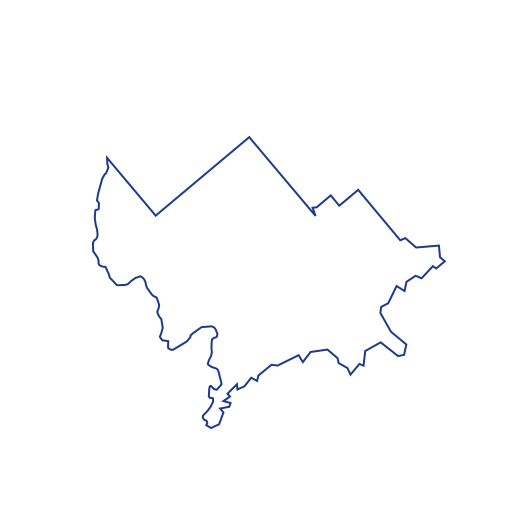 Jackson, Oklahoma, United States of America (Equal Earth projection), rotated 50°
{"feature_id": "52423323B19658065056773", "entity_name": "Jackson", "entity_type": "district", "adm_level": 2, "iso_a3": "USA", "parent_name": "United States of America", "parent_adm1": "Oklahoma", "projection": "equal_earth", "projection_center": [-99.395, 34.598], "detail": "fine", "context": "isolated", "style": "outline", "palette": "blue", "viewbox_px": 512, "rotation_deg": 50, "n_neighbors": 0, "source": "geoboundaries", "source_scale": "gbopen_adm2", "svg_char_len": 2307}
<svg xmlns="http://www.w3.org/2000/svg" viewBox="0 0 512 512"><g transform="rotate(50 256 256)"><path d="M338.3,130.1L336.7,135.4L271.0,135.2L271.0,159.9L257.6,159.8L257.7,178.2L255.4,181.6L263.6,184.6L160.6,184.8L160.6,306.9L85.1,307.0L90.1,310.8L93.3,312.2L96.3,317.7L96.1,319.3L98.0,324.2L106.7,336.8L111.2,342.1L114.3,342.2L118.6,346.0L118.9,346.6L118.9,347.2L117.7,349.1L117.9,349.9L123.3,355.1L129.0,358.7L133.5,360.7L137.7,363.5L139.4,365.5L139.9,366.6L140.3,368.3L140.0,370.1L140.9,372.1L143.0,374.0L147.8,377.7L155.5,378.4L158.4,379.6L160.7,381.5L162.1,381.8L163.5,381.4L165.7,380.2L167.6,378.3L175.6,380.5L178.4,381.9L188.7,381.3L190.2,379.9L193.9,375.0L194.8,373.3L195.2,372.0L194.9,368.1L195.3,362.7L197.1,357.7L199.5,356.8L201.5,356.7L204.7,357.3L207.3,358.8L210.2,359.9L218.4,360.6L221.0,360.2L223.6,358.9L225.0,359.2L231.1,361.6L232.3,362.7L233.5,364.4L235.1,367.2L236.5,368.2L240.6,369.1L241.6,369.1L243.3,369.0L251.1,373.6L254.3,378.3L256.1,381.6L260.3,382.0L264.8,378.0L269.7,382.3L270.4,382.4L272.2,381.9L273.6,381.0L274.6,379.5L277.0,363.9L276.0,358.5L274.9,357.3L274.7,356.5L274.7,353.6L275.5,343.4L281.5,335.0L283.8,334.0L286.3,334.1L290.9,335.6L292.6,337.9L292.5,339.1L291.7,340.9L291.6,341.8L291.7,343.4L294.4,346.2L298.3,349.6L301.3,351.6L303.6,354.5L305.5,358.9L307.5,362.1L308.0,362.4L308.8,362.4L312.3,361.4L316.2,359.0L318.0,358.4L320.0,358.8L331.0,364.1L332.2,365.1L333.2,372.0L332.2,372.9L330.8,373.7L326.8,374.0L326.2,374.6L326.4,375.5L327.9,377.4L333.3,382.4L335.0,382.5L336.4,381.0L337.4,380.5L340.0,382.4L342.4,388.0L343.6,393.2L344.1,398.5L344.3,399.4L345.5,400.5L347.1,400.9L348.9,400.8L349.8,400.0L350.8,399.9L352.6,400.6L353.6,402.8L358.9,401.0L361.2,392.4L354.9,381.5L349.8,381.5L354.3,373.4L352.3,370.0L346.2,374.2L346.9,366.3L343.2,366.4L342.0,353.0L346.3,356.0L348.4,348.6L346.2,337.9L352.4,335.5L349.1,331.0L349.3,314.0L353.8,309.9L359.4,287.1L367.4,288.3L364.6,275.9L373.6,261.4L386.7,259.2L391.2,261.5L400.5,258.0L407.6,259.8L405.2,246.2L409.1,244.1L399.0,233.4L402.3,216.0L424.0,211.5L426.9,206.1L420.4,197.7L400.9,201.3L379.5,197.3L375.5,192.8L377.2,185.1L369.4,167.6L378.3,164.7L372.5,157.3L373.8,146.4L379.5,143.5L377.5,127.0L381.4,126.0L381.4,114.8L375.2,115.8L365.6,109.2L352.4,127.9L338.3,130.1Z" fill="none" stroke="#1e3a8a" stroke-width="2"/></g></svg>